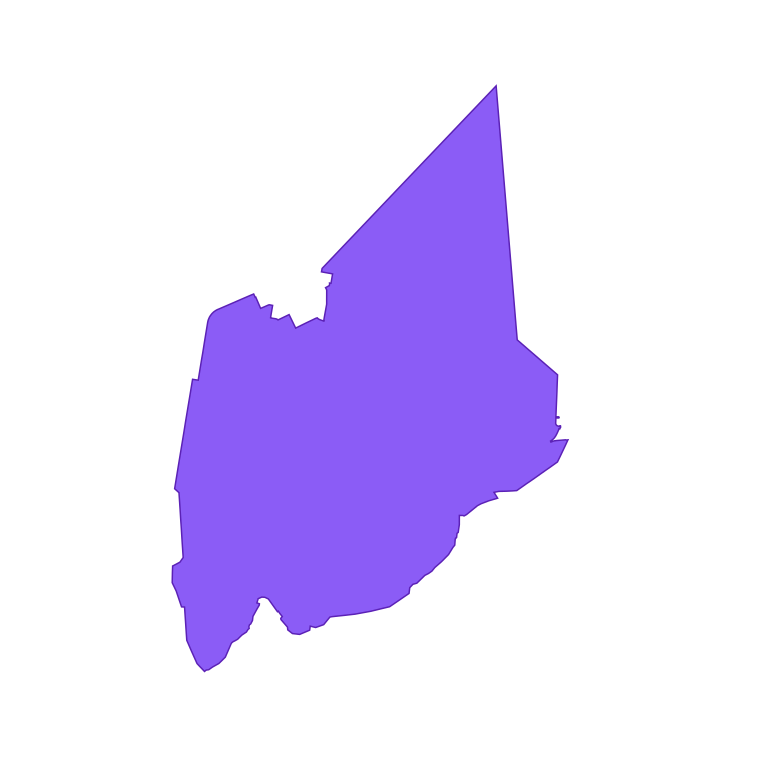 Noordoostpolder, Flevoland, Netherlands (Albers equal-area conic projection), rotated 99°
{"feature_id": "6326949B24285536392101", "entity_name": "Noordoostpolder", "entity_type": "district", "adm_level": 2, "iso_a3": "NLD", "parent_name": "Netherlands", "parent_adm1": "Flevoland", "projection": "albers", "projection_center": [5.775, 52.726], "detail": "fine", "context": "isolated", "style": "filled", "palette": "violet", "viewbox_px": 768, "rotation_deg": 99, "n_neighbors": 0, "source": "geoboundaries", "source_scale": "gbopen_adm2", "svg_char_len": 4741}
<svg xmlns="http://www.w3.org/2000/svg" viewBox="0 0 768 768"><g transform="rotate(99 384 384)"><path d="M660.6,540.4L668.0,538.7L677.6,532.6L689.4,524.9L691.5,522.2L696.0,516.3L694.4,514.9L693.6,512.4L690.4,509.1L685.8,503.3L678.6,498.0L664.6,494.4L663.4,493.9L662.1,492.7L661.0,491.1L660.5,490.5L659.7,489.5L659.0,488.6L656.2,486.6L654.1,485.0L650.5,481.1L647.7,479.9L646.6,478.9L644.8,479.5L642.9,479.2L641.8,478.1L638.1,476.9L634.1,477.1L626.0,474.2L621.9,472.6L620.5,472.7L620.1,475.3L615.7,474.7L614.2,472.3L613.6,471.4L613.3,468.3L614.4,464.6L620.2,458.9L625.6,453.6L624.9,452.9L627.2,450.7L629.6,448.1L631.6,449.3L632.8,448.9L639.2,441.3L641.9,440.6L644.8,435.4L644.5,428.1L638.8,418.9L634.7,419.0L635.2,413.4L631.1,405.9L622.7,401.0L622.1,399.5L621.4,397.0L618.9,387.7L618.8,387.3L615.8,376.5L610.5,361.4L606.4,351.6L603.1,343.6L595.0,335.0L586.9,326.5L581.1,326.7L577.3,324.1L575.6,320.4L566.6,313.7L564.2,310.4L561.3,307.4L557.3,305.1L550.6,299.5L542.4,293.6L534.7,290.4L532.1,288.9L526.0,289.4L525.9,289.3L525.7,289.2L525.1,289.2L525.1,288.9L524.2,288.3L520.0,288.5L519.0,287.5L511.1,287.6L502.0,289.0L501.5,285.4L501.8,284.3L500.1,282.1L489.5,272.6L487.1,269.4L483.0,262.3L479.0,253.9L473.8,258.4L473.2,256.8L472.2,254.1L471.9,252.7L470.7,246.2L469.5,240.5L468.5,236.2L465.2,232.8L460.9,228.4L453.6,220.7L448.5,215.5L444.9,211.8L438.9,205.6L433.9,200.5L427.7,198.6L415.8,195.1L410.4,193.6L410.8,194.9L410.8,195.0L410.7,195.9L411.0,197.1L411.8,200.3L412.6,203.7L412.9,204.9L413.0,205.2L413.1,205.5L413.2,205.8L413.3,206.0L413.3,206.3L413.4,206.6L413.5,206.8L413.6,207.1L413.7,207.4L413.8,207.5L414.0,207.9L414.1,208.1L414.2,208.3L414.5,208.9L414.7,209.0L414.9,209.3L414.8,209.5L415.2,210.1L414.3,210.6L414.2,210.5L414.0,210.2L413.8,210.0L413.6,209.8L413.4,209.6L413.1,209.3L412.7,208.9L412.2,208.5L411.7,208.1L411.3,207.8L410.7,207.4L410.2,207.1L409.9,207.0L409.6,206.8L409.1,206.6L408.5,206.3L408.0,206.1L407.6,206.0L406.2,205.5L404.8,205.1L403.7,204.8L402.3,204.4L400.8,204.2L400.9,203.4L399.3,202.9L399.3,203.0L398.4,203.0L398.2,203.0L397.9,203.1L397.8,203.3L397.7,203.3L397.7,203.5L397.8,203.8L397.9,204.0L398.0,204.0L398.5,204.2L398.2,206.0L398.1,206.5L397.9,206.9L397.7,207.1L397.6,207.3L397.4,207.5L397.1,207.7L396.9,207.9L396.7,208.0L396.3,208.2L396.1,208.2L395.8,208.3L390.6,208.9L390.3,206.3L390.1,205.9L389.6,205.8L389.3,206.0L389.1,206.4L389.5,209.1L373.1,211.0L364.5,212.0L357.3,212.9L347.8,214.0L344.8,218.8L326.6,248.1L319.6,259.3L304.2,263.1L208.1,286.6L190.1,291.0L72.0,319.9L174.0,390.4L189.5,401.1L279.5,463.2L283.0,463.3L283.1,460.3L283.2,454.5L283.3,452.0L292.8,452.1L292.8,453.6L293.7,453.4L295.4,453.4L295.5,453.6L295.7,453.9L296.3,454.6L298.0,456.8L298.4,456.5L299.1,456.0L299.2,455.9L299.3,455.8L299.5,455.7L299.8,455.5L299.9,455.4L300.1,455.4L300.4,455.3L300.6,455.2L300.8,455.2L304.6,454.6L309.2,453.9L312.9,453.3L313.3,453.2L313.7,453.2L313.8,453.2L314.4,453.1L318.4,453.2L323.1,453.3L327.6,453.4L330.6,453.4L330.8,453.4L330.9,453.1L331.3,453.2L331.3,453.3L331.2,453.7L331.0,454.9L330.5,457.3L330.4,457.6L330.4,457.8L330.3,458.1L330.2,458.4L330.1,458.7L330.0,458.9L329.9,459.2L329.7,459.4L329.6,459.6L329.5,459.8L329.3,460.0L329.1,460.3L329.2,460.5L329.8,461.7L332.3,465.3L335.6,470.1L342.0,479.2L342.1,479.3L342.6,480.0L330.3,488.6L336.4,497.4L337.3,498.7L337.2,498.9L337.1,499.0L336.9,499.4L336.9,499.5L336.7,499.9L336.7,500.1L336.6,500.3L336.6,500.6L336.5,500.9L336.5,501.1L336.5,505.8L336.4,505.8L336.2,505.9L336.2,506.4L333.2,506.4L323.8,506.3L323.7,508.5L323.7,509.1L323.7,509.4L323.7,509.5L323.8,509.6L323.8,509.9L323.8,510.0L324.0,510.3L324.1,510.6L326.3,514.0L328.6,517.7L318.2,524.3L318.5,524.8L315.5,526.8L317.2,529.6L320.3,534.5L323.4,539.4L329.6,549.1L335.8,558.9L336.1,559.4L336.2,559.6L336.4,559.9L336.6,560.2L336.8,560.5L337.0,560.8L337.3,561.1L337.4,561.3L337.6,561.5L337.9,561.9L338.1,562.1L338.3,562.3L338.6,562.6L338.8,562.8L339.1,563.1L339.3,563.3L339.6,563.6L339.9,563.8L340.1,564.0L340.3,564.1L340.6,564.3L340.8,564.5L341.2,564.8L341.7,565.1L342.0,565.3L342.3,565.4L342.6,565.6L342.9,565.8L343.2,565.9L343.6,566.1L344.1,566.4L344.5,566.5L344.9,566.7L345.1,566.8L345.4,566.9L345.7,567.0L346.0,567.0L346.3,567.1L346.7,567.2L347.0,567.3L347.3,567.4L347.7,567.5L347.9,567.5L348.4,567.6L348.6,567.6L348.9,567.7L349.3,567.7L349.7,567.7L349.9,567.7L350.3,567.8L350.5,567.8L351.3,567.8L370.1,567.9L371.9,567.9L375.8,567.9L381.6,567.9L388.3,568.0L409.3,568.1L409.3,573.8L426.6,573.9L437.7,574.0L451.5,574.1L462.3,574.1L494.9,574.3L520.2,574.4L523.4,569.5L540.1,565.7L549.6,563.6L558.3,561.6L573.2,558.3L586.8,555.2L591.9,557.7L596.8,564.3L603.3,563.5L613.4,562.1L620.9,556.9L635.8,549.1L635.5,546.1L651.3,542.5L660.6,540.4Z" fill="#8b5cf6" stroke="#5b21b6" stroke-width="1.5"/></g></svg>